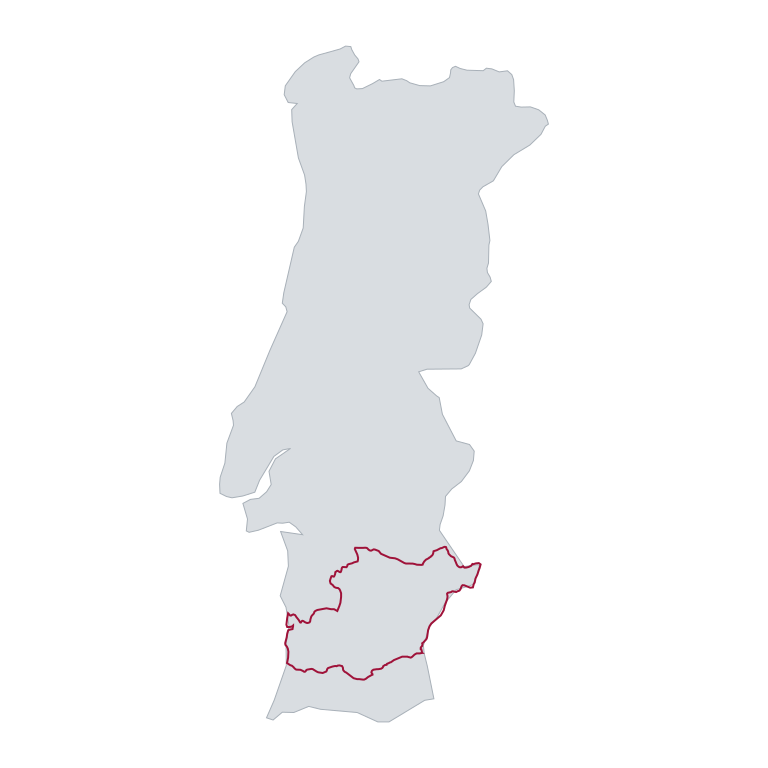 location of Beja within Portugal
{"feature_id": "PRT-743", "entity_name": "Beja", "entity_type": "District", "adm_level": 1, "iso_a3": "PRT", "parent_name": "Portugal", "parent_adm1": "", "projection": "albers", "projection_center": [-7.969, 37.829], "detail": "fine", "context": "in_parent", "style": "outline", "palette": "rose", "viewbox_px": 768, "rotation_deg": 0, "n_neighbors": 0, "source": "natural_earth", "source_scale": "10m", "svg_char_len": 6253}
<svg xmlns="http://www.w3.org/2000/svg" viewBox="0 0 768 768"><path d="M295.3,71.6L304.7,62.8L313.9,57.0L318.9,54.9L340.1,49.0L345.6,46.1L350.8,46.6L351.7,49.5L354.7,55.0L358.0,58.9L359.0,61.8L350.7,73.7L349.6,77.8L353.9,85.6L354.6,87.8L356.7,88.9L362.4,88.6L372.6,83.6L379.5,79.5L381.9,81.2L401.9,78.8L406.7,80.7L409.8,82.8L419.7,85.6L430.4,85.9L443.7,81.7L449.5,77.6L450.5,73.1L450.8,69.8L452.5,67.6L455.5,66.3L460.2,68.5L467.0,70.2L483.2,70.7L486.4,68.2L491.9,68.9L499.2,71.9L507.5,70.8L511.8,74.6L513.6,79.7L514.3,90.8L513.8,102.0L515.5,106.2L521.2,107.1L530.4,106.9L538.7,109.8L545.2,115.0L547.4,120.4L548.4,124.1L545.3,126.2L541.0,134.3L529.9,145.0L513.9,154.7L501.8,166.6L493.4,180.8L482.9,186.8L479.7,190.1L478.4,193.9L485.7,211.0L488.0,224.3L489.9,240.5L488.9,245.1L488.5,263.0L486.9,268.3L487.4,272.5L490.1,277.1L491.3,281.4L486.4,287.1L477.5,293.6L470.9,299.4L469.1,304.7L469.7,308.1L481.0,319.2L483.1,323.8L481.7,335.0L475.4,353.3L469.3,364.5L468.3,365.6L461.2,368.9L427.0,369.2L418.7,371.8L419.9,374.0L428.0,388.3L436.5,395.8L439.2,397.6L442.4,414.3L456.2,440.9L469.5,444.5L474.2,451.1L473.4,460.5L469.4,470.8L461.4,481.5L451.7,489.0L445.5,496.4L445.0,505.0L443.1,515.9L440.1,524.5L439.4,530.3L464.1,566.6L477.7,564.7L479.5,565.5L477.2,574.2L473.0,584.5L467.8,586.4L456.1,589.7L445.1,602.9L436.2,618.8L429.5,626.5L423.4,645.4L424.2,653.5L427.3,666.1L433.9,698.8L424.7,700.3L389.0,721.9L377.8,721.9L357.1,712.5L320.6,709.3L308.7,706.4L293.8,712.5L282.3,712.2L273.1,720.0L266.5,717.8L274.2,700.2L286.3,665.5L286.0,644.2L289.0,625.7L286.0,607.3L280.2,595.8L288.4,566.2L287.7,550.9L280.6,531.5L302.6,534.7L295.8,526.9L289.2,522.2L282.7,523.2L277.2,522.9L258.4,530.2L249.1,532.3L246.3,530.9L247.5,519.0L242.9,503.4L250.4,499.4L259.1,498.3L266.6,491.8L271.2,484.5L269.0,471.3L275.5,458.8L290.6,448.4L282.8,449.9L273.9,456.4L259.6,480.2L254.8,492.2L242.8,496.0L232.0,497.8L226.5,496.5L220.0,493.3L219.6,484.3L220.2,477.2L224.9,463.1L226.9,443.1L233.5,425.3L233.1,420.6L231.4,413.4L237.2,406.5L244.2,402.0L254.9,386.8L269.9,350.4L287.1,311.7L285.8,306.9L282.3,303.2L283.8,292.8L294.3,247.2L298.4,241.3L303.2,228.0L304.4,206.4L306.4,191.6L306.0,184.1L304.6,175.1L298.4,157.9L292.1,121.7L291.7,109.6L297.2,103.5L288.2,102.5L284.2,94.7L285.3,85.8L295.3,71.6Z" fill="#d9dde1" stroke="#a8b0b8" stroke-width="1"/><path d="M480.2,564.1L480.6,564.4L479.6,568.1L478.8,570.1L477.4,574.5L475.5,578.5L474.7,582.5L473.7,584.2L472.9,587.4L470.2,587.7L464.3,585.3L462.5,585.2L461.6,586.2L460.6,588.9L459.6,590.4L458.8,590.9L457.4,591.3L456.2,592.0L454.9,591.8L453.6,591.4L452.2,591.3L451.1,592.1L447.8,592.8L447.1,593.6L447.2,594.7L447.5,595.9L447.5,597.3L447.0,599.6L444.8,605.8L443.7,610.3L440.8,615.4L431.3,623.5L429.5,626.3L428.1,630.2L427.2,636.6L426.7,638.6L426.0,639.6L423.2,642.6L422.2,643.3L422.5,644.1L422.4,644.7L422.2,645.3L422.1,646.0L421.0,647.2L420.7,647.8L420.7,649.2L420.9,649.3L421.3,649.3L421.8,651.1L421.9,652.0L422.2,652.8L422.3,652.9L422.2,652.9L419.7,653.4L416.6,653.4L414.5,654.6L412.4,656.6L411.3,657.4L410.4,657.6L409.7,657.3L408.2,657.0L407.6,656.7L402.1,656.7L393.9,660.1L392.1,661.4L391.4,661.9L390.8,662.3L390.1,662.4L388.2,663.4L387.4,663.6L386.8,664.0L386.6,664.8L385.0,665.0L383.2,666.2L383.0,667.0L382.4,667.9L381.1,668.7L378.2,669.2L376.8,669.2L373.4,669.7L372.0,670.7L371.6,671.6L371.4,672.5L371.7,673.0L372.5,674.1L372.5,674.7L371.7,675.0L368.1,677.0L365.7,678.9L364.1,679.6L363.0,679.6L359.0,679.1L357.0,679.1L353.6,678.2L346.3,672.6L344.7,671.8L343.4,670.4L343.1,669.6L342.9,667.7L342.1,666.1L339.5,665.4L337.7,665.6L336.7,666.2L335.7,666.0L334.5,666.1L332.3,666.6L328.2,668.0L327.8,668.3L327.1,669.3L326.9,670.3L326.3,671.5L324.6,672.2L322.7,673.0L318.2,672.3L316.7,671.6L312.7,669.1L311.4,668.9L307.4,669.6L306.5,669.9L306.0,670.7L305.4,671.4L304.8,671.8L303.8,671.6L303.2,671.1L300.5,669.8L296.2,669.6L295.4,669.1L294.4,668.2L293.5,667.1L291.9,665.7L290.3,665.2L288.3,663.9L287.0,663.0L287.4,661.3L288.1,657.7L288.4,651.7L287.8,648.6L286.8,646.5L285.4,644.8L285.2,643.1L286.7,637.3L287.2,633.7L288.2,630.3L289.6,629.7L292.5,629.1L293.1,626.0L293.1,625.5L292.1,626.4L289.8,627.0L287.2,627.0L286.4,624.7L287.2,618.0L288.1,613.3L289.1,614.3L289.7,615.1L290.2,615.5L291.0,615.6L291.7,615.1L292.6,614.7L293.3,614.4L295.1,615.1L295.8,616.1L296.2,616.8L298.8,620.1L299.8,621.9L300.3,622.5L300.9,622.5L301.3,621.9L301.7,621.2L302.3,620.8L303.2,621.0L304.0,621.5L304.8,622.1L306.6,622.9L307.7,623.0L309.5,622.4L310.1,621.5L310.3,620.4L310.4,619.4L311.3,616.5L311.9,615.6L313.7,613.7L314.1,612.8L314.4,611.8L315.4,610.9L317.3,610.0L326.5,608.3L331.1,609.2L333.9,609.2L334.3,609.3L337.3,611.0L338.8,607.3L339.2,606.4L340.4,602.8L341.1,597.0L341.1,593.2L340.1,590.4L339.4,589.1L338.0,588.0L336.7,587.9L335.5,587.6L334.2,586.9L332.7,585.0L330.6,583.5L330.2,582.1L330.0,581.5L329.9,580.7L330.2,579.9L330.4,579.1L330.7,578.3L331.0,577.3L331.5,576.2L332.3,576.1L332.8,576.4L333.4,576.6L333.9,576.6L334.3,576.0L334.5,575.6L335.0,574.4L335.2,573.7L335.2,573.0L335.3,572.5L335.5,571.9L336.2,571.6L336.8,571.0L337.5,570.8L338.6,571.3L339.3,571.9L340.2,572.2L340.9,571.8L341.6,569.5L341.7,568.4L342.1,567.5L342.8,567.0L346.5,567.2L347.2,566.1L347.6,564.7L348.5,564.2L352.1,563.3L353.9,562.4L357.6,561.4L358.0,559.9L358.0,559.0L358.1,557.8L357.3,554.5L354.8,549.0L355.2,547.8L362.8,547.9L365.2,547.7L366.6,547.9L367.2,548.2L368.4,549.5L369.5,550.3L370.4,550.6L371.3,550.6L373.6,549.4L374.8,549.5L375.6,549.8L378.7,551.0L381.0,553.8L389.8,557.7L395.0,558.3L397.7,559.3L404.3,563.0L405.8,563.5L412.6,563.6L414.6,564.0L416.9,564.7L421.6,564.9L422.7,564.6L422.9,563.7L424.2,561.5L425.9,559.7L428.9,558.1L429.1,557.7L430.7,556.8L431.1,556.2L432.2,555.4L432.9,554.2L433.3,552.9L433.4,552.0L433.6,551.2L436.8,550.2L440.2,548.4L441.0,548.1L441.7,548.1L444.3,546.9L445.2,546.9L445.9,547.0L446.2,547.5L446.3,547.9L446.4,548.5L446.6,549.0L447.0,549.6L447.6,550.3L448.0,551.2L448.3,552.2L448.4,553.2L448.9,554.1L451.0,556.2L453.7,557.4L454.3,558.1L454.6,558.9L454.8,559.9L456.0,562.6L456.3,563.5L457.2,565.4L458.1,566.3L459.4,567.2L460.9,567.3L461.9,567.0L462.5,566.5L463.0,566.2L464.4,567.6L466.0,567.6L468.6,567.0L471.1,565.8L472.4,564.0L472.9,564.2L473.2,564.2L475.9,563.4L478.8,563.1L480.2,564.1Z" fill="none" stroke="#9f1239" stroke-width="2"/></svg>